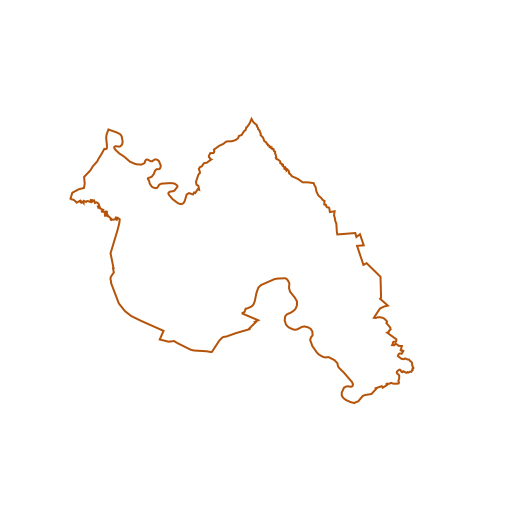 Recea, Maramures, Romania, rotated 208°
{"feature_id": "2599482B24174964580354", "entity_name": "Recea", "entity_type": "district", "adm_level": 2, "iso_a3": "ROU", "parent_name": "Romania", "parent_adm1": "Maramures", "projection": "robinson", "projection_center": [23.475, 47.622], "detail": "fine", "context": "isolated", "style": "outline", "palette": "amber", "viewbox_px": 512, "rotation_deg": 208, "n_neighbors": 0, "source": "geoboundaries", "source_scale": "gbopen_adm2", "svg_char_len": 6091}
<svg xmlns="http://www.w3.org/2000/svg" viewBox="0 0 512 512"><g transform="rotate(208 256 256)"><path d="M324.3,374.9L323.9,369.9L324.3,366.4L324.6,365.0L324.9,364.9L324.3,362.2L325.1,360.7L325.5,356.1L327.5,353.9L327.1,352.2L327.6,350.3L328.9,348.3L331.3,345.9L334.9,343.9L336.2,342.7L337.4,339.8L340.3,335.9L343.1,330.1L341.8,328.6L341.9,327.0L344.7,325.3L344.6,322.3L344.0,321.2L342.4,320.7L341.9,320.1L340.8,320.2L343.3,315.2L345.1,313.9L345.6,313.2L345.9,309.7L347.1,308.4L347.4,306.2L344.7,303.5L344.5,302.8L345.0,301.6L344.9,299.8L343.9,293.8L343.4,292.7L341.9,291.0L340.1,291.0L339.5,290.6L337.3,287.8L338.8,287.7L339.2,283.0L340.4,283.1L340.6,280.7L344.7,280.1L346.1,277.7L344.8,271.4L344.8,268.9L345.3,267.9L346.1,266.9L347.5,266.2L350.0,266.0L356.2,267.0L360.9,268.8L362.5,269.8L362.9,270.4L362.5,272.1L359.4,274.5L358.7,275.5L357.9,280.1L358.1,280.8L359.0,281.3L361.5,281.7L363.6,281.2L366.1,280.0L373.3,275.6L374.9,273.7L375.2,269.9L376.5,268.7L379.1,268.2L380.6,268.3L383.9,270.1L385.7,272.2L387.8,273.4L387.8,274.1L385.3,277.0L384.7,280.5L385.2,283.8L385.0,284.7L384.5,286.0L382.6,287.0L381.9,287.9L381.9,289.2L382.5,291.1L386.4,294.3L388.3,294.6L390.0,294.2L391.0,293.3L392.2,290.8L393.4,290.3L397.2,290.2L397.8,289.9L398.3,289.1L398.5,288.0L398.1,286.6L398.2,285.5L399.9,283.1L400.9,282.5L404.3,281.0L406.3,280.5L411.4,280.1L419.0,281.8L425.0,282.4L430.1,283.8L432.1,285.0L432.3,285.7L431.6,287.0L428.2,288.3L427.3,289.1L426.6,291.3L427.1,293.7L427.8,294.9L430.6,298.4L431.9,299.3L433.7,299.8L437.0,299.7L445.7,298.4L444.9,293.0L443.8,290.0L439.8,284.1L438.3,281.2L438.3,280.6L439.0,279.7L440.2,279.4L440.3,272.9L440.7,267.8L440.6,265.0L442.2,258.5L442.4,254.0L444.9,245.1L441.1,239.3L439.9,235.2L443.7,231.9L447.9,225.6L446.7,219.5L444.9,219.5L443.9,220.0L440.7,219.5L439.4,218.9L437.1,222.5L436.4,222.3L436.4,221.3L435.9,221.0L435.2,221.1L435.2,222.2L434.9,222.4L433.0,221.7L433.7,223.1L433.8,223.9L431.4,224.0L431.1,225.0L430.4,225.5L426.9,226.1L427.0,226.8L428.1,227.5L428.2,227.9L426.5,228.5L425.7,227.7L425.1,229.0L424.4,228.6L423.1,227.2L421.9,228.6L419.7,228.3L418.3,227.2L418.1,226.3L418.9,225.6L418.0,224.8L417.9,225.5L416.9,225.9L416.0,224.8L412.6,225.0L412.7,223.9L413.2,223.2L412.9,222.8L410.9,223.5L409.9,224.5L409.3,224.2L408.8,225.1L408.4,225.0L408.0,224.6L407.8,223.5L407.0,223.0L409.1,222.7L409.2,222.0L408.2,220.7L406.9,222.0L406.0,221.4L404.1,221.7L401.3,220.9L401.4,220.0L400.7,219.8L399.9,220.7L398.4,221.5L397.7,222.5L395.9,222.6L395.9,223.2L397.6,223.4L397.9,224.2L397.5,224.4L395.9,224.8L393.5,224.4L392.0,220.3L390.4,213.8L385.7,190.1L376.1,178.4L376.5,178.1L373.8,174.7L374.3,170.7L374.2,168.4L373.7,167.4L371.8,165.2L371.3,164.1L354.8,149.7L345.8,145.8L338.0,144.4L326.7,144.8L302.5,146.5L301.8,137.1L292.9,139.3L288.5,142.4L284.1,142.2L269.6,142.6L266.5,143.4L254.9,148.7L250.8,150.0L249.9,150.7L248.7,164.1L247.5,168.1L246.6,169.4L244.4,170.9L237.7,178.3L227.5,188.2L227.4,188.4L228.0,188.5L225.2,197.3L226.0,197.4L223.9,200.3L240.9,198.8L241.2,199.2L239.9,201.2L240.4,204.7L239.2,205.5L236.7,208.7L235.8,210.5L235.5,212.4L235.9,215.6L238.2,223.4L239.1,229.1L238.0,232.6L228.8,244.3L226.5,246.1L219.7,250.1L218.1,250.1L216.2,249.3L213.7,247.5L211.8,243.2L209.2,240.5L202.1,237.4L198.4,235.1L196.7,231.7L196.3,228.2L196.7,226.2L198.3,222.9L201.3,219.0L201.8,217.3L201.8,216.1L200.5,212.7L197.3,209.5L195.2,208.7L193.0,208.3L188.9,208.6L186.9,209.2L185.1,210.6L182.2,214.9L180.1,216.6L176.3,217.5L173.4,217.3L170.7,215.7L168.8,212.5L169.3,209.9L168.7,207.2L163.9,202.9L156.8,199.3L154.5,198.6L150.1,198.3L147.3,198.9L144.5,200.8L137.8,200.9L133.7,199.5L131.9,197.2L130.4,196.3L123.4,194.2L111.9,189.7L110.2,188.3L109.7,186.5L110.6,185.2L113.9,184.0L115.2,183.0L116.5,180.9L116.2,175.8L115.1,173.5L114.0,172.5L112.0,171.6L109.2,171.1L104.0,171.4L100.1,172.3L99.7,173.2L97.5,175.7L96.0,182.7L94.1,184.7L89.3,188.3L87.5,195.2L88.2,195.5L83.8,200.1L82.3,199.2L79.8,203.5L80.5,203.9L80.7,204.4L80.4,204.9L78.7,205.4L77.1,207.4L75.4,207.6L73.2,208.5L70.3,210.3L70.3,211.3L71.6,212.5L72.1,215.1L73.2,217.3L73.9,218.0L76.2,218.5L77.2,219.4L77.3,220.0L76.8,221.6L75.8,223.1L75.0,223.2L73.5,222.2L72.4,222.0L72.0,222.3L71.9,223.4L68.6,223.4L68.1,223.6L67.8,224.6L66.6,224.7L65.9,226.0L64.5,226.6L64.6,227.8L64.1,228.5L64.9,229.4L64.3,230.3L64.4,231.1L65.7,231.6L66.2,232.6L67.1,233.1L67.7,234.5L69.0,235.5L70.8,235.7L72.2,236.4L73.8,235.7L76.2,235.6L77.0,234.3L79.5,233.5L83.8,234.3L84.0,236.3L83.5,237.3L81.5,238.1L81.3,241.3L82.1,241.4L82.4,240.5L84.1,240.8L84.9,245.0L87.7,243.7L91.2,244.2L91.7,243.8L92.0,242.1L94.0,241.2L94.0,242.9L94.5,243.8L94.3,244.8L92.6,245.7L92.2,246.4L92.9,248.3L104.2,249.9L103.1,251.2L103.5,252.0L102.7,254.4L104.0,255.9L109.4,258.0L109.4,259.5L110.3,260.0L113.1,260.9L115.6,260.8L118.2,260.0L120.1,258.7L121.1,257.5L122.9,256.8L121.9,267.9L119.1,271.6L116.3,274.1L126.4,276.5L126.0,277.9L136.3,296.1L155.0,301.6L157.0,298.6L171.5,312.4L165.9,316.0L174.4,324.0L176.3,319.9L179.1,322.9L194.3,313.2L195.9,315.2L200.2,322.2L202.4,324.1L204.5,326.9L206.1,328.3L207.6,332.4L211.4,329.5L213.9,332.8L214.6,333.0L215.9,332.4L217.1,332.7L218.1,333.9L219.9,333.5L220.2,334.0L220.1,334.5L221.1,335.7L221.2,336.7L223.9,336.9L225.2,337.7L229.5,338.8L233.1,341.5L235.6,344.7L237.9,346.1L239.2,347.4L244.3,345.6L249.3,343.0L255.2,343.7L261.9,343.3L264.1,344.4L265.2,344.3L266.0,344.8L266.0,345.7L267.6,346.8L268.5,346.7L268.8,346.1L269.1,347.1L269.5,347.3L269.9,347.1L270.3,346.2L271.2,346.6L271.9,346.3L272.1,346.6L271.1,347.5L271.8,347.6L272.2,348.1L272.7,347.7L274.5,348.0L275.6,348.6L274.9,349.1L275.1,349.4L278.2,349.4L278.5,350.3L279.5,351.1L282.4,351.5L283.3,351.2L284.7,352.0L284.5,352.8L286.4,355.0L287.2,355.3L288.1,357.1L289.2,357.0L290.4,358.2L291.3,358.1L291.2,358.6L293.1,358.4L293.3,359.1L293.6,358.9L294.3,359.3L294.8,358.5L295.3,358.6L295.8,359.4L296.7,359.6L297.4,359.3L297.9,360.1L299.4,360.2L299.7,360.8L300.5,361.2L302.5,361.3L305.4,363.9L308.7,364.9L309.2,366.2L311.3,367.8L311.6,368.4L313.7,369.0L314.2,369.9L316.3,371.1L316.8,372.0L320.9,372.8L324.3,374.9Z" fill="none" stroke="#b45309" stroke-width="2"/></g></svg>